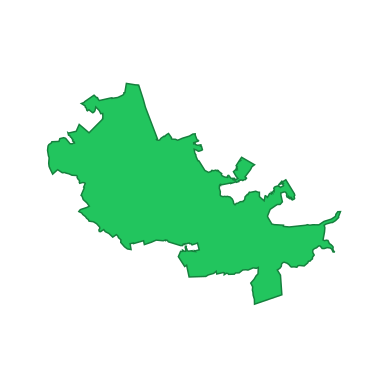 Ciucurova, Tulcea, Romania, rotated 318°
{"feature_id": "2599482B74184137454330", "entity_name": "Ciucurova", "entity_type": "district", "adm_level": 2, "iso_a3": "ROU", "parent_name": "Romania", "parent_adm1": "Tulcea", "projection": "natural_earth1", "projection_center": [28.471, 44.915], "detail": "fine", "context": "isolated", "style": "filled", "palette": "green", "viewbox_px": 384, "rotation_deg": 318, "n_neighbors": 0, "source": "geoboundaries", "source_scale": "gbopen_adm2", "svg_char_len": 6076}
<svg xmlns="http://www.w3.org/2000/svg" viewBox="0 0 384 384"><g transform="rotate(318 192 192)"><path d="M108.5,90.9L110.7,92.6L110.8,93.3L112.8,96.3L114.0,99.2L117.3,102.6L117.1,103.8L116.3,104.4L115.9,106.5L116.0,108.3L114.7,109.4L114.4,110.4L117.1,111.8L118.3,113.2L118.4,114.2L114.7,115.9L114.8,116.8L107.3,120.3L107.5,121.6L106.1,124.8L106.6,129.7L106.2,133.8L103.7,133.2L97.8,130.6L96.5,130.4L94.8,130.8L96.0,133.7L95.8,135.7L96.4,139.1L96.1,140.9L96.5,143.0L96.0,144.8L98.8,148.1L99.9,151.8L99.9,156.2L99.2,157.3L97.4,157.9L96.7,159.3L97.5,160.3L101.3,160.9L101.0,163.4L102.5,167.2L102.9,172.5L107.3,173.1L107.4,175.3L106.8,176.7L107.2,179.9L105.3,181.8L105.2,187.5L105.9,191.1L108.2,194.0L111.4,189.0L114.3,190.7L114.0,191.2L123.4,195.8L121.4,199.2L128.1,202.1L133.2,203.8L138.0,209.0L139.4,209.5L139.8,210.5L140.4,210.1L141.3,211.4L141.1,213.2L147.6,224.1L149.1,225.5L150.6,224.8L150.9,225.1L150.5,225.4L151.3,225.9L151.9,225.6L152.6,226.0L152.6,226.5L154.4,227.2L155.9,228.2L155.7,228.9L156.8,229.8L156.6,231.3L161.9,233.6L158.7,239.8L155.0,237.9L154.4,237.0L154.1,237.3L154.2,238.0L152.5,236.1L152.8,235.7L149.6,233.5L149.4,232.2L150.1,230.6L149.9,230.0L151.5,228.5L150.9,227.9L149.9,228.6L148.5,231.1L147.7,231.9L146.8,231.1L146.1,228.9L145.4,229.9L143.8,228.5L138.6,230.9L136.7,242.5L139.0,242.8L133.0,253.2L145.8,264.0L148.6,264.5L153.7,267.0L156.9,267.1L155.5,269.5L161.4,272.8L161.9,273.7L160.6,275.0L163.2,275.4L164.2,276.7L164.1,277.7L168.5,281.4L170.2,281.3L172.9,283.6L177.5,283.9L180.0,285.8L181.4,287.5L186.7,289.3L188.8,291.8L190.8,292.4L186.3,297.0L183.5,297.2L179.7,298.4L174.7,299.0L173.6,303.1L171.2,305.3L170.2,307.3L168.4,309.6L166.6,313.4L163.4,317.2L190.0,328.5L202.1,313.0L203.2,307.0L206.3,307.5L208.6,307.0L210.6,305.3L212.3,305.3L213.5,305.8L215.0,308.5L215.5,310.8L215.4,313.5L215.7,314.3L217.8,315.9L219.6,318.1L221.5,317.7L222.8,318.6L225.9,322.0L230.7,322.1L232.1,321.4L233.8,322.4L235.0,322.1L236.7,322.3L237.9,321.1L240.6,320.6L241.4,317.5L243.0,316.0L245.2,316.0L247.2,316.8L249.9,316.8L250.9,317.5L251.1,318.3L250.9,321.1L252.4,322.5L255.3,323.8L257.2,326.1L257.6,327.9L256.7,330.9L257.5,331.8L257.8,331.7L257.9,330.0L258.6,328.6L259.8,327.6L260.2,326.8L260.1,324.3L259.6,322.2L260.6,319.0L259.6,317.7L257.9,316.8L257.3,315.3L263.7,310.4L266.8,307.5L268.0,305.1L270.4,305.6L274.9,307.8L276.0,308.7L279.5,309.3L283.9,309.1L284.5,308.3L289.2,305.9L287.2,304.2L284.1,304.8L282.3,306.1L277.5,305.4L270.5,302.2L264.3,301.3L259.9,297.2L257.3,295.5L255.9,293.5L254.3,292.8L240.9,283.1L236.9,278.7L237.8,277.9L231.2,271.2L229.9,269.2L231.4,261.7L232.0,260.4L238.5,257.2L246.9,258.3L249.2,260.2L252.6,259.8L256.0,253.8L257.3,252.2L260.6,253.6L261.4,254.7L261.2,256.7L259.9,257.9L259.3,259.2L259.8,259.6L259.6,260.1L260.0,261.6L260.8,260.3L260.8,262.3L261.3,261.1L260.9,263.6L261.2,265.0L261.5,265.1L262.1,261.5L261.7,265.1L263.2,265.6L264.0,265.4L264.8,263.7L266.2,263.2L266.9,261.7L269.9,245.7L265.9,245.0L266.0,244.1L261.5,244.6L261.5,245.0L264.0,245.4L264.0,245.7L265.1,245.6L265.6,246.2L265.7,246.7L265.1,246.6L264.5,247.1L264.5,248.3L264.1,248.6L260.7,247.7L260.8,247.0L260.1,245.6L260.5,245.2L257.5,243.8L256.4,243.6L255.2,244.0L254.9,245.2L253.5,246.4L253.5,245.6L252.3,246.0L251.4,245.8L251.1,246.6L250.7,245.5L250.1,246.3L250.2,245.7L249.9,245.7L249.6,246.4L249.1,245.2L248.5,245.1L244.5,246.5L244.2,244.0L243.7,243.8L239.7,246.8L239.0,240.6L241.9,237.3L240.9,236.3L239.9,234.1L235.1,231.3L234.5,230.5L231.7,231.3L231.5,230.8L228.2,231.1L226.2,232.8L225.1,233.1L224.1,232.9L223.6,233.3L221.4,231.5L218.6,231.0L217.3,230.1L215.4,230.3L215.3,228.4L216.5,226.5L217.2,224.2L217.0,221.3L215.2,218.7L214.2,218.3L213.5,217.2L211.9,216.2L210.8,214.4L210.9,213.1L213.3,210.7L214.7,207.6L216.5,205.8L217.1,205.8L217.6,206.4L218.1,205.9L218.6,206.2L217.8,205.3L218.2,205.2L219.2,206.7L226.8,211.2L226.5,211.6L229.9,213.2L231.5,213.5L231.3,214.4L233.9,215.6L234.3,214.9L235.9,215.3L236.0,215.8L237.1,216.4L237.4,217.5L239.0,217.7L239.9,218.5L241.8,218.2L241.8,217.6L241.3,217.4L241.6,216.2L250.4,214.5L253.5,213.3L256.7,213.6L252.1,199.4L249.5,200.0L249.5,201.1L248.1,201.0L248.0,200.4L242.4,202.0L242.5,203.2L242.1,203.2L242.0,204.3L241.8,203.6L241.3,203.7L241.3,204.8L240.8,204.9L240.0,203.8L240.3,205.7L239.8,205.5L239.5,204.6L236.4,204.6L235.3,209.7L235.2,212.6L232.0,211.9L231.3,211.3L230.3,209.5L232.3,211.6L232.7,210.3L230.1,207.9L230.4,204.2L229.8,203.8L228.5,204.2L228.3,205.0L228.0,204.9L226.3,202.7L225.2,200.0L225.5,198.7L226.4,198.2L225.5,193.9L225.9,193.7L225.3,192.7L224.7,192.9L224.1,191.5L222.3,190.7L221.3,189.2L220.9,189.1L220.3,189.6L217.4,188.5L216.0,184.6L217.9,173.9L217.9,173.3L217.4,173.1L217.6,171.7L218.9,167.9L219.7,167.1L220.1,165.0L222.2,161.7L223.5,164.1L223.6,165.0L224.2,166.2L227.1,167.5L228.0,167.6L229.5,164.6L229.0,163.7L230.1,163.3L230.2,162.9L227.4,161.0L226.6,159.6L226.4,158.5L226.8,158.0L225.5,157.3L226.2,156.5L230.6,158.3L230.7,157.5L231.1,157.6L230.7,156.6L231.1,155.4L232.4,152.0L233.3,150.9L231.4,149.5L227.5,148.7L220.8,145.6L216.0,144.0L215.0,141.8L212.4,139.2L212.4,138.6L213.1,137.9L213.7,132.8L211.2,132.3L209.0,132.5L208.6,132.3L208.6,131.8L204.8,131.3L202.7,131.8L201.7,131.2L200.7,129.7L200.7,129.2L201.9,129.3L214.1,97.8L217.7,90.7L223.0,78.9L223.8,77.1L223.4,76.9L223.6,76.4L221.8,74.7L215.9,67.4L208.6,73.2L207.8,72.7L207.0,73.5L205.4,73.7L200.1,72.1L195.2,68.9L195.5,68.4L194.1,67.5L184.3,62.0L184.3,60.5L184.9,58.6L184.3,58.3L184.0,54.5L172.5,53.0L171.8,53.3L169.0,52.2L170.2,56.5L169.5,57.5L169.6,58.8L168.5,61.0L168.6,61.7L170.4,61.9L171.2,66.6L172.1,67.0L174.2,66.7L177.4,64.4L177.6,69.4L176.6,72.8L178.2,73.9L175.8,76.8L174.7,77.5L174.7,78.0L155.1,79.1L153.4,66.3L146.6,69.4L139.7,65.6L139.5,64.9L138.3,67.1L138.9,68.4L138.5,69.8L138.8,70.9L138.4,72.3L138.5,73.5L137.4,74.1L137.9,76.1L137.4,77.0L136.5,76.3L135.1,76.0L133.7,74.5L134.0,67.5L133.0,65.8L129.5,63.9L127.0,65.4L121.5,60.9L120.1,61.4L117.4,61.0L115.8,61.5L112.6,64.3L109.5,69.1L108.8,70.9L104.7,74.8L102.9,77.4L102.0,80.0L100.4,85.5L107.1,85.5L108.5,90.9Z" fill="#22c55e" stroke="#15803d" stroke-width="1.5"/></g></svg>